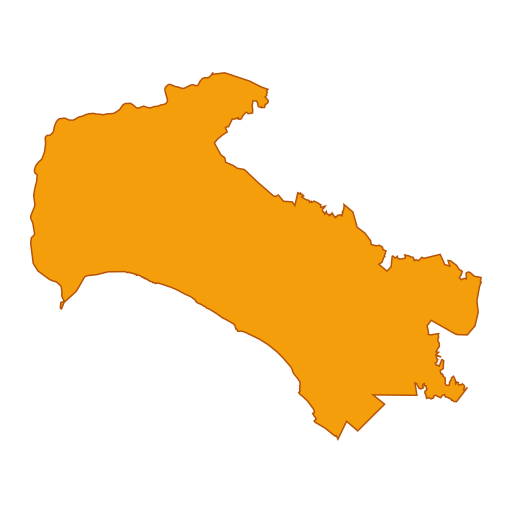 La Unión de Isidoro Montes de Oca, Guerrero, Mexico
{"feature_id": "50627088B26941201425875", "entity_name": "La Unión de Isidoro Montes de Oca", "entity_type": "district", "adm_level": 2, "iso_a3": "MEX", "parent_name": "Mexico", "parent_adm1": "Guerrero", "projection": "natural_earth1", "projection_center": [-101.827, 18.009], "detail": "fine", "context": "isolated", "style": "filled", "palette": "amber", "viewbox_px": 512, "rotation_deg": 0, "n_neighbors": 0, "source": "geoboundaries", "source_scale": "gbopen_adm2", "svg_char_len": 6027}
<svg xmlns="http://www.w3.org/2000/svg" viewBox="0 0 512 512"><path d="M212.4,73.1L211.6,74.8L209.1,77.2L207.5,77.7L204.5,77.7L202.3,78.6L199.8,81.6L198.4,84.6L197.2,85.6L195.4,85.6L193.5,84.8L191.4,84.8L184.4,88.2L182.5,88.5L177.2,86.8L175.8,86.7L170.1,84.4L168.9,84.5L167.7,85.1L165.5,87.2L164.9,89.0L165.1,91.3L167.4,99.5L167.5,100.6L166.6,102.9L164.6,104.2L160.4,105.1L158.3,106.1L153.9,106.6L150.5,107.9L147.5,107.5L143.6,106.1L138.1,108.2L136.2,107.6L132.9,104.8L130.4,103.3L125.3,103.5L123.0,104.8L119.5,109.7L115.5,112.4L113.2,113.5L106.6,113.9L103.5,114.8L98.8,114.1L96.4,114.1L93.7,113.4L89.3,113.7L85.5,114.7L82.4,116.2L78.8,117.0L74.0,119.8L72.7,120.2L68.8,120.0L65.5,118.3L63.4,118.2L59.4,118.8L57.5,120.2L55.9,122.7L54.3,127.0L53.6,131.0L52.6,132.9L49.8,135.3L47.3,135.4L46.0,136.3L45.4,137.3L45.2,138.4L45.6,143.8L44.5,152.1L41.9,159.0L38.2,162.5L36.0,165.4L34.7,168.8L34.4,170.8L34.9,173.0L36.9,174.5L37.2,175.4L36.7,181.3L35.0,187.6L33.7,195.0L34.8,204.1L34.6,206.5L31.6,213.8L30.9,215.8L30.7,217.4L31.1,219.3L32.8,223.0L34.6,234.0L33.8,235.4L31.4,237.7L30.8,241.8L30.8,244.1L33.2,263.3L37.9,270.9L49.7,279.6L53.3,281.1L55.6,281.6L57.4,282.7L61.1,286.2L62.0,292.3L61.7,295.2L62.0,296.8L64.0,300.6L63.4,301.6L60.9,302.4L60.4,306.6L60.5,308.6L61.5,308.9L64.1,302.4L75.7,291.9L77.3,289.7L84.6,276.9L87.6,275.6L96.6,274.7L108.1,271.8L124.8,271.6L127.9,272.7L128.8,272.2L130.6,273.0L133.3,273.4L134.2,274.1L135.8,274.0L136.4,274.4L136.4,275.3L138.4,275.0L140.2,275.7L142.2,277.2L142.7,276.9L143.5,277.9L144.6,277.9L144.9,278.6L146.1,279.1L147.0,278.9L147.4,279.7L150.0,281.3L152.3,281.8L152.6,282.5L154.3,282.8L155.8,283.6L156.9,282.9L159.8,283.5L171.1,287.3L176.6,289.6L184.8,294.0L191.0,296.8L195.4,300.1L195.9,301.6L198.3,303.3L201.4,304.4L204.1,306.4L205.4,306.5L206.3,307.9L209.0,308.9L216.3,313.4L222.7,318.0L225.4,319.2L233.2,323.7L234.7,325.1L236.0,329.1L236.6,329.1L237.7,331.2L238.9,331.4L240.4,331.0L244.6,332.0L259.3,339.1L268.5,344.9L277.2,352.0L282.6,357.4L290.6,366.6L292.4,369.9L292.7,371.7L294.1,374.1L297.1,377.7L299.8,381.8L300.3,384.3L299.7,385.7L300.0,388.1L299.5,388.8L300.0,390.9L299.6,391.8L298.7,392.4L298.8,392.7L300.2,394.5L302.7,396.4L307.5,401.0L313.4,408.9L314.5,412.0L314.4,412.4L312.8,413.3L312.6,413.8L313.3,414.1L314.2,416.2L315.5,417.4L315.9,419.3L315.6,420.1L314.3,420.5L314.3,421.3L315.5,422.5L325.1,428.1L334.5,435.7L335.5,436.1L335.9,435.6L336.7,436.4L337.9,439.2L346.6,421.3L357.7,430.9L384.6,404.2L373.1,394.9L416.9,395.3L415.0,383.0L416.8,383.6L417.0,384.6L419.0,388.2L420.8,389.0L423.4,387.7L422.5,385.5L423.6,383.8L424.4,383.6L424.2,384.8L424.6,385.9L426.2,385.8L426.3,388.3L427.0,388.9L426.2,390.3L425.0,391.2L424.8,392.0L425.0,393.4L425.7,394.3L426.6,398.4L428.7,397.7L431.2,398.9L433.6,397.9L433.7,396.0L435.7,395.2L438.2,396.7L440.8,397.7L442.5,395.3L444.5,394.5L445.3,396.9L446.8,397.0L450.9,399.1L451.5,400.3L452.1,400.0L454.0,401.5L456.5,401.7L467.5,387.4L464.5,390.5L463.7,390.0L464.2,387.8L464.7,387.3L464.1,385.5L462.4,383.9L460.7,384.8L458.6,384.8L458.3,384.5L458.5,382.7L456.9,382.0L455.7,383.8L455.5,382.8L455.8,381.7L454.5,378.1L453.3,376.2L451.5,377.9L451.2,379.7L449.5,382.2L449.7,382.8L449.0,385.3L446.2,385.3L445.0,383.3L445.4,381.4L445.1,379.7L445.2,378.0L443.2,376.3L442.9,375.1L442.7,375.3L442.0,373.8L441.4,374.0L440.8,373.6L440.9,372.8L440.4,372.1L440.4,370.2L442.9,369.0L443.3,368.4L443.5,361.9L443.9,361.0L442.1,359.5L441.7,359.8L439.3,366.2L438.0,365.3L436.4,365.3L435.2,363.1L436.6,362.5L437.8,359.5L436.6,358.6L436.3,355.7L441.2,357.0L435.8,354.8L438.6,352.3L436.1,351.9L438.2,347.9L439.3,346.8L439.3,343.2L438.3,341.7L437.8,339.5L437.9,338.6L438.7,337.5L438.3,335.6L438.7,333.6L432.7,334.5L431.8,334.9L428.3,334.5L428.5,332.7L427.1,325.8L431.2,320.3L455.0,333.8L457.1,334.6L467.3,334.9L475.0,325.9L478.2,312.3L476.9,300.8L479.6,286.0L481.3,282.1L480.3,281.7L481.1,277.5L474.4,276.3L470.4,272.7L468.5,271.9L466.2,272.9L466.3,278.9L464.0,278.4L461.3,279.7L459.3,277.8L460.9,275.4L462.3,271.3L459.2,269.5L456.5,265.3L450.4,260.7L448.0,260.5L449.8,266.0L444.8,264.6L440.2,254.4L423.9,258.3L421.8,257.3L418.4,260.8L416.1,259.6L414.9,260.5L414.2,260.5L413.9,259.8L413.8,258.5L412.9,257.2L411.4,257.1L408.0,255.5L405.9,255.6L405.1,254.7L404.7,255.0L405.5,257.3L405.2,258.1L401.0,259.1L398.2,258.6L397.2,256.3L395.6,258.0L394.4,257.4L393.2,256.1L392.6,256.1L392.2,256.3L391.1,266.7L387.0,271.1L378.8,264.2L382.0,262.3L383.7,257.4L384.8,256.8L384.5,255.4L386.0,251.0L382.9,249.4L382.5,247.2L379.5,245.3L376.0,245.8L371.2,244.5L370.5,240.2L370.0,240.0L365.0,233.2L357.2,227.3L352.9,212.0L344.0,204.5L344.1,206.2L343.7,209.7L342.3,212.0L342.3,212.6L342.9,212.8L342.2,214.3L342.1,215.8L341.4,215.5L340.9,214.8L338.2,215.1L338.0,215.7L337.0,215.9L336.8,216.6L336.0,216.6L335.5,217.6L335.3,217.4L335.5,216.8L334.5,216.8L332.3,213.3L332.2,213.8L331.8,213.4L331.0,214.5L330.3,214.3L330.0,215.5L329.3,215.6L329.2,214.8L327.1,214.1L326.3,211.5L324.7,214.1L324.0,212.2L322.9,211.5L322.3,210.3L322.7,208.9L324.1,207.9L325.2,206.1L321.4,207.3L320.6,207.2L320.8,204.6L319.5,204.4L318.7,203.4L314.6,201.3L313.8,201.1L312.0,202.5L311.3,202.3L311.2,201.4L309.5,202.2L309.4,201.1L309.0,200.4L305.9,199.6L302.2,197.3L301.8,196.7L303.6,195.9L302.0,194.2L300.8,194.3L300.4,193.0L298.6,193.9L298.1,193.5L298.0,192.6L297.8,192.6L294.9,205.5L292.3,201.9L283.6,201.3L278.3,195.0L275.1,196.6L273.0,195.5L257.7,182.2L244.3,169.5L237.4,168.3L233.1,165.4L225.7,162.3L224.7,157.7L220.9,154.9L214.4,143.0L217.3,139.3L223.2,134.5L227.2,132.0L225.5,127.7L227.0,126.6L228.5,126.9L232.3,119.0L234.3,119.1L238.1,117.8L237.9,118.9L240.3,119.4L241.7,118.3L242.4,116.2L246.0,112.3L246.8,112.3L248.2,113.7L252.5,113.0L252.7,109.3L252.1,105.5L253.1,100.8L256.2,101.0L257.2,101.8L258.3,106.5L261.2,107.6L261.5,107.0L262.0,107.6L264.5,107.5L264.8,107.1L265.2,104.4L266.7,103.9L268.1,102.3L268.3,100.7L265.1,96.9L266.7,95.4L266.6,94.0L267.2,92.7L266.6,90.5L267.9,89.3L261.5,87.1L249.9,81.2L224.7,72.8L213.0,74.3L212.8,73.0L212.4,73.1Z" fill="#f59e0b" stroke="#b45309" stroke-width="1.5"/></svg>